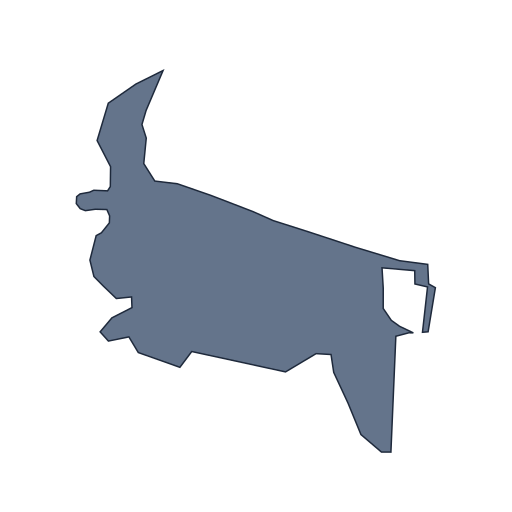 Gulistan, Sirdaryo, Uzbekistan, rotated 198°
{"feature_id": "79887680B43594264952232", "entity_name": "Gulistan", "entity_type": "district", "adm_level": 2, "iso_a3": "UZB", "parent_name": "Uzbekistan", "parent_adm1": "Sirdaryo", "projection": "orthographic", "projection_center": [68.94, 40.477], "detail": "fine", "context": "isolated", "style": "filled", "palette": "slate", "viewbox_px": 512, "rotation_deg": 198, "n_neighbors": 0, "source": "geoboundaries", "source_scale": "gbopen_adm2", "svg_char_len": 1009}
<svg xmlns="http://www.w3.org/2000/svg" viewBox="0 0 512 512"><g transform="rotate(198 256 256)"><path d="M82.6,231.5L97.7,233.5L107.4,236.6L118.8,245.4L125.0,264.6L132.5,283.7L100.5,291.1L96.2,278.5L83.3,279.6L74.1,234.9L68.9,237.1L75.6,281.3L83.2,282.8L90.1,301.1L118.0,295.9L164.4,295.0L210.8,295.2L250.6,295.0L272.6,297.3L317.8,299.7L353.1,300.4L375.4,296.0L391.3,309.2L396.8,334.2L405.1,345.8L405.5,360.5L401.7,403.7L423.3,382.5L443.7,355.7L442.8,316.7L421.9,296.0L416.0,277.0L417.3,272.1L430.6,268.4L434.1,265.2L442.5,260.7L444.9,257.0L443.1,250.3L437.8,246.7L432.3,246.4L423.3,250.8L421.3,251.4L412.2,254.1L407.6,248.9L405.7,242.2L410.2,230.3L414.3,226.0L412.7,200.8L403.8,186.4L391.8,180.2L375.7,172.4L361.7,178.6L358.0,168.6L373.9,152.7L380.8,135.7L370.1,129.5L351.9,139.8L338.1,127.8L294.0,126.6L287.6,145.3L192.1,154.9L168.7,181.7L154.2,185.5L146.1,169.3L123.0,144.5L101.0,118.6L76.1,108.3L67.1,111.2L98.2,222.9L86.9,230.2L82.6,231.5Z" fill="#64748b" stroke="#1e293b" stroke-width="1.5"/></g></svg>